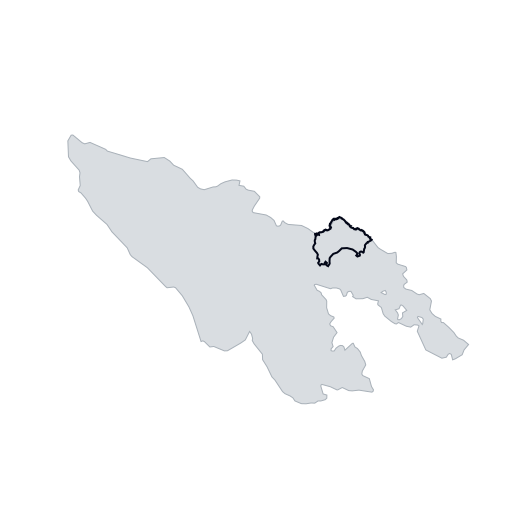 Alay, Osh, Kyrgyzstan (highlighted), rotated 224°
{"feature_id": "92254566B995553538907", "entity_name": "Alay", "entity_type": "district", "adm_level": 2, "iso_a3": "KGZ", "parent_name": "Kyrgyzstan", "parent_adm1": "Osh", "projection": "natural_earth1", "projection_center": [73.817, 39.902], "detail": "fine", "context": "in_parent", "style": "outline", "palette": "ink", "viewbox_px": 512, "rotation_deg": 224, "n_neighbors": 0, "source": "geoboundaries", "source_scale": "gbopen_adm2", "svg_char_len": 8426}
<svg xmlns="http://www.w3.org/2000/svg" viewBox="0 0 512 512"><g transform="rotate(224 256 256)"><path d="M107.8,304.6L109.1,303.8L113.2,302.9L121.6,302.2L124.4,302.8L130.0,306.0L134.4,305.6L135.2,306.1L136.8,308.8L142.9,304.8L147.3,303.6L149.5,299.5L154.3,294.7L158.3,293.9L158.4,294.7L159.1,295.4L163.2,296.5L164.5,295.2L165.1,293.4L163.7,290.6L163.7,289.5L165.0,287.7L171.5,290.4L173.0,290.4L175.9,288.9L178.7,286.2L179.7,284.2L193.1,277.5L194.0,276.2L193.8,275.4L188.2,273.8L185.7,274.7L183.4,274.7L182.0,273.7L175.2,273.3L173.7,272.6L169.2,267.8L163.6,264.7L160.9,264.9L157.7,266.2L156.6,265.6L156.4,261.0L155.8,258.3L153.9,257.6L151.4,258.7L144.5,257.2L143.8,251.5L141.2,246.4L137.6,244.4L137.5,241.4L136.3,240.1L135.2,240.5L133.8,242.0L134.4,245.3L133.9,248.7L133.1,250.4L131.5,251.6L129.7,251.7L126.6,250.0L126.0,260.1L125.4,260.8L121.7,259.3L118.7,259.9L114.3,259.3L111.0,257.6L104.5,255.7L101.4,253.9L99.6,247.1L97.9,244.6L96.2,244.1L89.3,246.5L82.2,242.3L78.7,241.4L77.8,240.2L78.0,238.6L88.8,231.0L93.1,225.8L95.8,223.6L102.6,221.3L104.2,216.5L104.8,215.9L111.7,213.6L119.4,209.4L119.6,208.2L118.8,207.3L111.9,203.4L108.4,205.2L106.3,202.9L106.4,200.7L108.7,196.7L110.7,194.8L111.5,191.0L114.3,188.5L117.3,184.5L120.8,181.3L127.3,178.8L130.9,179.6L134.3,179.0L139.5,177.1L142.7,176.9L156.2,179.9L160.6,180.1L171.1,184.0L179.2,186.0L183.2,189.8L196.4,191.5L200.0,192.6L201.2,194.4L205.0,196.7L208.2,197.3L205.4,188.2L206.5,182.8L210.7,168.0L212.8,165.8L223.5,161.6L226.0,158.5L233.7,158.6L235.3,158.0L236.1,156.3L259.9,169.2L268.9,172.8L281.4,176.2L291.9,177.3L293.7,176.5L297.9,171.4L299.8,171.2L326.0,172.1L344.6,169.4L347.3,169.6L354.3,172.4L376.4,173.3L385.1,175.2L398.9,174.5L404.7,174.8L415.2,178.4L418.9,179.2L425.7,179.8L428.3,179.2L429.8,180.0L431.4,184.6L438.0,190.4L440.4,193.6L442.8,194.9L455.1,195.8L459.8,197.1L471.3,208.1L472.9,214.5L471.8,215.8L459.8,216.7L457.1,217.7L454.3,222.4L438.2,228.3L435.8,228.2L414.4,239.2L399.6,248.5L399.1,252.9L390.4,263.1L383.9,264.4L378.3,264.1L369.2,267.2L357.4,266.2L353.4,266.3L345.7,264.9L342.6,265.7L339.3,267.7L334.8,275.9L333.0,277.8L332.2,279.6L331.5,283.6L329.8,287.8L326.0,294.1L322.7,297.1L319.7,298.9L317.3,295.0L313.3,297.7L309.5,297.2L307.3,298.0L302.1,301.4L294.4,301.2L293.5,300.1L291.9,290.8L290.6,286.4L289.5,285.4L288.1,285.3L277.1,292.6L272.0,293.9L267.7,294.1L262.3,291.9L261.1,292.5L260.1,293.7L259.7,295.2L261.3,299.3L260.9,300.1L258.4,300.0L254.9,301.0L244.4,309.6L237.7,311.8L231.5,312.7L227.8,314.3L225.7,317.4L221.6,326.3L221.7,328.1L223.4,330.5L224.7,335.9L224.4,337.3L221.1,341.7L216.8,343.1L213.5,343.7L207.1,343.1L203.8,344.0L197.8,347.4L192.8,348.0L183.4,348.1L174.1,346.8L171.1,347.3L162.9,349.3L160.1,352.4L158.6,355.3L157.8,355.7L154.6,353.1L150.4,348.5L148.4,348.6L141.0,352.3L139.9,352.2L137.8,350.8L138.1,345.0L135.8,343.8L130.8,343.5L129.1,342.2L129.7,338.5L129.1,337.1L127.8,336.0L125.2,336.3L120.0,339.4L113.8,340.5L111.7,341.5L109.3,345.6L101.1,346.4L98.5,345.5L93.6,338.0L89.4,336.9L85.1,337.1L79.2,339.1L77.8,337.5L76.3,337.0L74.9,338.3L67.8,338.6L60.5,338.4L56.3,337.5L53.6,337.5L48.2,339.6L41.6,340.0L41.1,333.0L39.1,328.2L41.2,320.5L42.4,317.9L47.2,320.9L49.0,320.4L49.5,318.8L48.8,315.4L51.3,311.6L68.6,306.4L87.7,313.9L90.2,318.9L91.8,318.6L94.5,316.4L95.3,312.3L99.1,309.9L107.3,307.1L107.8,304.6ZM117.5,321.7L117.9,321.0L116.5,317.4L118.4,314.0L114.6,313.4L112.6,312.4L110.4,309.0L109.7,308.8L108.5,309.8L107.9,312.0L108.4,314.5L111.1,316.8L109.8,321.6L115.5,322.2L117.5,321.7ZM97.5,325.1L97.3,324.0L96.0,323.6L88.8,322.2L89.1,323.2L91.8,326.8L93.9,327.0L97.5,325.1ZM140.2,318.9L140.6,316.6L136.3,317.9L135.8,319.1L137.3,320.5L139.1,321.0L140.2,318.9Z" fill="#d9dde1" stroke="#a8b0b8" stroke-width="1"/><path d="M182.7,326.1L181.6,328.3L181.8,328.7L182.1,329.1L182.7,329.2L183.2,329.5L183.5,329.8L183.7,330.1L184.0,330.7L184.0,331.2L183.8,331.8L183.1,332.5L181.2,332.9L181.1,333.4L182.5,335.4L183.1,336.2L183.1,336.8L183.8,338.3L184.8,339.0L185.2,339.6L185.3,340.7L185.4,341.8L185.2,342.3L185.4,343.4L185.0,343.5L185.2,343.9L184.9,344.4L184.0,347.4L184.0,347.8L184.1,348.1L185.9,347.6L186.0,347.6L186.1,348.0L186.3,348.3L186.5,348.5L186.8,348.8L187.1,348.5L187.4,348.2L187.6,348.2L187.8,348.3L188.0,348.2L188.4,348.1L188.7,348.0L189.1,348.3L189.5,348.4L189.8,348.4L190.1,348.3L190.4,348.2L190.6,348.2L190.8,348.1L191.1,347.9L191.4,347.6L191.9,347.5L192.0,347.6L192.5,347.5L192.7,347.3L192.9,347.5L193.1,347.6L193.3,347.6L193.5,347.6L193.8,347.9L194.1,347.9L194.2,348.2L194.4,348.2L194.5,348.3L194.7,348.5L194.8,348.5L195.5,348.3L195.7,348.5L196.0,348.5L196.4,348.5L196.6,348.1L197.0,348.0L197.6,348.2L198.1,348.1L198.3,347.3L198.5,347.1L198.9,347.0L199.2,347.1L199.9,347.0L200.1,346.9L200.9,347.0L201.2,347.0L201.4,346.6L202.4,346.5L202.5,346.2L202.8,345.7L202.7,345.6L202.7,345.1L202.4,344.9L202.4,344.6L202.6,344.4L202.8,344.5L203.1,344.5L203.5,344.1L204.0,343.8L204.0,343.5L204.8,343.5L205.0,343.6L205.5,343.7L205.8,343.6L206.0,343.4L206.1,343.2L206.3,343.0L206.9,342.9L207.1,342.8L207.3,342.6L207.7,342.7L208.0,342.8L208.1,342.7L208.3,342.6L208.5,342.5L208.8,342.5L209.1,342.7L209.1,342.8L209.2,342.7L209.3,342.6L209.5,342.7L209.7,342.9L209.9,343.0L210.3,343.1L210.5,343.3L210.9,343.4L211.1,343.3L211.1,343.2L211.4,342.9L211.8,342.7L212.0,342.8L212.0,343.0L212.3,343.2L212.6,343.1L212.8,343.1L212.7,342.9L213.0,342.7L213.6,342.5L213.9,342.5L214.2,342.6L214.3,342.6L214.7,342.6L214.8,342.6L215.0,342.9L215.2,343.0L215.4,343.0L215.6,342.9L215.8,342.9L216.0,342.9L216.3,343.0L216.5,343.0L216.8,343.1L217.2,343.1L217.4,343.1L217.6,343.1L218.1,343.0L218.3,343.0L218.5,343.1L219.2,342.8L219.3,342.8L219.6,342.8L219.8,342.7L219.9,342.8L220.4,342.8L220.5,342.7L220.6,342.8L220.9,342.7L221.0,342.7L221.5,342.6L221.8,342.4L222.0,342.3L222.6,342.1L222.9,342.1L223.1,342.0L223.1,341.8L223.2,341.4L223.0,341.2L223.1,340.8L223.1,340.5L223.4,340.3L223.4,340.0L223.5,340.0L223.7,339.9L223.7,339.7L223.8,339.5L223.7,339.4L223.3,339.1L223.4,338.9L223.7,338.8L223.7,338.7L223.8,338.5L223.8,338.4L224.0,338.4L224.3,338.3L224.4,338.2L224.7,338.0L224.8,337.7L224.6,337.4L224.7,337.1L224.6,336.9L224.6,336.7L224.8,336.7L225.0,336.5L225.4,336.6L225.5,336.5L225.6,336.3L225.9,336.3L226.0,336.4L226.1,336.0L226.0,335.8L225.9,335.6L226.0,335.5L226.0,335.4L225.9,335.4L226.0,335.3L226.1,335.1L226.0,334.9L225.9,334.8L225.9,334.7L225.8,334.3L225.8,334.2L225.7,334.1L225.6,333.7L225.6,333.4L225.7,333.1L225.5,332.8L225.5,332.7L225.4,332.4L225.1,332.1L225.1,331.6L225.1,331.3L225.2,331.2L225.1,330.8L224.7,330.6L224.6,330.4L224.6,330.2L224.9,330.1L224.7,329.8L224.5,329.7L224.4,329.5L224.3,329.3L224.3,329.1L224.1,329.0L224.0,328.9L223.9,329.0L223.7,328.9L223.5,329.0L223.3,329.0L222.9,328.9L222.8,328.7L222.7,328.4L222.5,328.5L222.4,328.4L222.2,328.4L221.9,328.6L221.7,328.5L221.7,328.4L221.7,328.1L221.7,327.9L221.7,327.6L221.4,327.2L221.6,326.9L221.7,326.6L221.8,326.4L221.8,326.2L221.7,326.1L221.7,325.9L221.9,325.6L222.0,325.0L222.1,324.8L222.1,324.6L222.3,324.3L222.5,324.2L222.6,323.9L222.8,323.9L223.1,323.7L223.3,323.7L223.4,323.3L223.5,323.2L223.8,323.1L224.3,323.2L224.4,322.9L224.5,322.8L224.6,322.6L224.7,322.3L224.7,322.2L224.7,321.9L224.8,321.8L224.9,321.5L225.0,321.3L225.0,321.2L224.9,321.0L224.8,320.9L224.7,320.8L224.4,320.7L224.4,320.3L224.6,320.1L224.7,319.8L224.8,319.6L225.0,319.4L225.1,319.0L225.2,318.9L225.3,318.7L225.5,318.5L225.5,318.4L225.7,318.2L225.8,318.0L226.1,317.8L226.2,317.7L226.3,317.7L226.5,317.6L226.6,317.4L226.6,317.2L226.8,316.8L226.8,316.7L227.0,316.2L226.9,315.9L226.9,315.7L226.1,315.5L226.0,315.4L225.5,315.2L225.4,315.1L225.6,315.0L225.5,314.9L225.9,314.7L226.0,314.7L226.1,314.8L226.4,314.6L226.6,314.6L226.9,314.5L226.9,314.4L227.3,314.1L227.6,314.1L227.8,314.1L228.0,314.2L228.1,313.8L228.1,313.7L228.2,313.3L228.4,313.1L228.7,313.0L228.8,312.9L228.2,312.3L227.3,312.5L226.7,312.9L226.7,311.5L225.0,309.3L224.7,308.2L223.6,307.1L222.1,306.2L222.0,304.8L221.4,302.7L219.9,301.2L217.4,300.8L214.1,300.5L212.4,299.9L211.6,298.5L210.3,296.8L209.6,297.5L208.2,297.3L206.8,296.1L206.5,294.2L205.7,293.9L203.4,293.7L203.5,295.7L203.0,296.0L202.0,296.5L200.9,297.6L201.7,298.6L202.0,300.2L200.2,300.3L199.3,298.5L198.5,298.4L197.1,298.8L197.3,299.4L197.4,300.7L197.8,301.8L199.4,303.2L201.5,305.6L201.8,307.1L201.9,311.2L200.0,314.9L199.7,317.2L199.6,321.1L196.0,325.0L191.0,327.8L187.0,328.4L185.0,328.3L184.3,327.2L184.2,326.0L182.7,326.1Z" fill="none" stroke="#020617" stroke-width="2"/></g></svg>